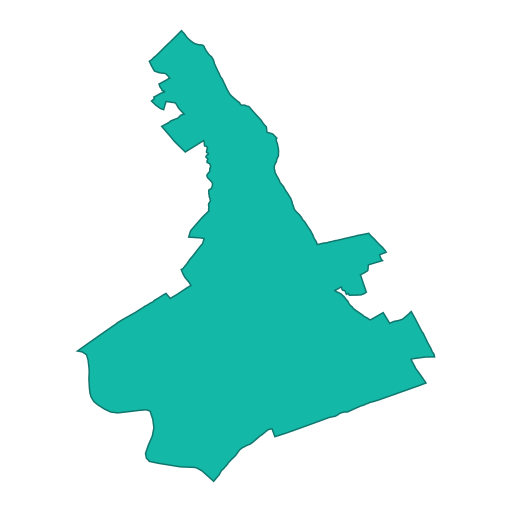 outline of Almaj, Dolj, Romania
{"feature_id": "2599482B54924202091715", "entity_name": "Almaj", "entity_type": "district", "adm_level": 2, "iso_a3": "ROU", "parent_name": "Romania", "parent_adm1": "Dolj", "projection": "natural_earth1", "projection_center": [23.708, 44.445], "detail": "fine", "context": "isolated", "style": "filled", "palette": "teal", "viewbox_px": 512, "rotation_deg": 0, "n_neighbors": 0, "source": "geoboundaries", "source_scale": "gbopen_adm2", "svg_char_len": 6040}
<svg xmlns="http://www.w3.org/2000/svg" viewBox="0 0 512 512"><path d="M434.5,357.0L434.5,356.2L433.9,354.3L433.6,353.5L432.3,351.9L430.8,348.3L428.5,344.2L427.2,341.7L426.2,339.5L423.1,333.1L422.0,331.8L415.3,318.9L411.2,311.5L408.8,313.9L406.1,316.3L402.5,319.2L398.7,320.5L394.4,321.3L391.1,322.6L389.7,323.3L383.2,312.6L374.1,317.8L370.6,319.8L369.0,319.4L368.1,318.6L367.1,317.9L364.4,316.6L362.4,314.9L356.4,310.8L353.8,308.9L352.6,307.6L352.2,306.9L350.7,305.7L349.4,304.4L348.5,302.7L347.9,301.3L346.2,299.5L344.1,296.7L342.6,295.4L341.3,294.1L338.7,292.6L337.8,292.4L336.7,291.7L335.4,291.2L334.9,290.4L338.8,288.4L340.8,287.0L341.1,287.1L341.5,287.3L341.7,288.4L342.2,289.7L342.8,290.3L344.6,290.6L345.1,291.1L345.8,292.9L346.5,294.3L348.4,293.5L349.2,295.2L356.7,295.1L360.9,294.9L363.9,293.8L365.2,293.0L366.4,292.1L365.9,290.9L363.8,284.8L361.0,276.4L360.3,275.0L365.0,272.4L367.7,270.7L367.9,269.9L368.4,264.8L382.5,260.6L381.8,259.9L381.0,258.6L380.3,257.1L379.5,254.8L386.2,252.2L385.5,251.1L383.3,248.3L382.0,246.9L379.3,244.5L376.4,241.4L374.3,239.0L373.6,238.4L372.3,237.1L371.3,236.3L369.7,234.4L369.0,233.8L368.8,233.3L359.8,235.1L358.0,235.3L355.4,236.1L350.4,237.2L346.4,238.2L344.6,238.5L341.8,239.3L338.8,239.9L337.7,240.3L335.2,240.6L332.4,241.4L329.4,242.0L326.3,242.9L324.0,243.0L319.1,244.2L317.1,244.5L317.0,244.0L316.6,242.5L316.2,241.6L314.4,238.8L313.7,237.4L312.9,235.1L310.2,230.1L308.6,228.0L305.3,222.7L304.0,221.0L302.4,219.4L301.8,218.0L301.0,216.8L299.6,215.0L296.2,211.6L295.2,210.5L294.6,209.7L294.1,208.7L293.1,205.4L292.3,203.5L292.1,202.0L291.2,199.7L291.0,198.9L287.9,193.8L286.3,191.5L285.2,189.8L284.0,187.8L283.9,187.1L280.1,182.5L279.8,182.1L279.6,181.6L279.6,180.9L275.4,173.3L275.0,172.1L274.8,170.6L274.2,168.6L274.3,167.0L274.3,166.1L275.0,164.1L275.4,163.2L276.1,162.4L276.3,161.8L276.7,159.8L277.4,157.9L277.9,157.0L278.3,156.1L278.5,155.4L278.4,154.6L278.6,151.2L278.2,147.3L277.7,145.9L277.6,144.8L277.2,143.0L276.7,142.1L276.4,141.1L276.2,138.7L276.8,138.2L273.1,134.3L272.3,133.8L271.1,133.4L268.0,132.6L267.2,132.1L266.8,131.4L266.5,127.7L266.3,126.8L264.2,124.6L263.1,123.3L261.3,120.4L253.8,112.2L249.5,107.2L248.8,106.5L246.9,106.1L245.7,105.6L245.1,105.3L244.4,105.1L242.6,105.2L241.3,105.0L240.5,104.4L240.1,103.9L239.9,103.4L239.6,102.8L238.8,102.0L238.0,101.6L237.0,100.8L231.4,95.9L230.3,94.7L229.8,94.1L227.3,89.8L224.2,83.3L222.4,79.4L221.9,78.4L221.3,77.8L219.9,75.6L219.6,74.6L219.3,73.7L218.0,71.4L215.0,64.9L214.3,63.4L214.1,62.1L213.5,60.2L212.8,58.8L212.0,57.5L211.3,56.6L209.7,55.3L208.7,54.2L206.2,50.8L204.6,47.9L204.2,46.5L203.6,46.0L203.2,45.4L202.1,45.1L200.7,44.8L199.9,44.9L198.6,44.7L194.8,43.6L194.0,43.2L192.1,41.9L190.3,40.5L188.4,38.8L187.0,37.4L184.5,33.9L183.8,33.1L182.8,32.2L181.6,30.7L180.8,31.3L176.3,35.9L171.5,40.6L170.1,42.1L168.7,43.3L164.5,47.3L161.0,50.9L156.6,55.2L155.2,56.5L154.2,57.1L151.7,59.7L149.3,61.3L150.0,62.6L151.4,65.7L154.4,71.0L158.5,72.5L161.7,73.1L163.8,73.2L165.3,73.6L166.3,74.0L167.0,75.0L168.6,76.5L169.0,77.4L169.8,78.2L168.5,78.6L167.2,79.6L159.0,84.0L160.0,86.9L161.6,89.1L162.0,90.5L162.8,90.8L163.9,90.9L164.6,91.5L164.5,91.9L160.5,93.4L158.3,94.7L157.3,95.3L153.8,97.1L154.4,98.7L151.5,101.0L155.7,105.1L160.4,108.5L163.6,109.7L166.0,101.5L175.2,102.8L176.6,104.6L178.4,107.9L181.0,110.8L184.1,114.1L180.7,115.2L178.1,118.0L170.8,120.9L169.0,122.4L161.7,126.4L170.5,136.6L174.5,141.5L185.3,152.0L203.6,140.6L204.2,142.1L204.5,145.8L204.7,146.0L206.2,146.2L206.7,146.9L207.2,147.1L207.5,147.4L207.5,147.9L206.9,149.5L206.7,150.8L206.4,151.7L206.4,152.0L206.6,152.5L208.1,153.2L208.2,153.4L208.3,153.9L208.2,154.3L207.4,154.7L206.9,155.2L206.3,155.9L205.9,156.9L206.1,157.4L207.3,158.3L207.9,159.0L207.9,159.3L207.1,160.7L207.0,161.4L207.0,162.3L208.5,163.2L209.4,163.5L209.7,163.9L210.0,164.2L210.2,164.8L210.3,165.2L210.5,165.6L210.6,166.4L210.4,167.3L210.1,168.0L209.8,168.2L209.8,169.0L209.9,169.4L209.8,169.9L209.8,170.5L209.7,171.2L209.5,171.6L209.4,172.0L208.9,172.5L208.5,172.7L208.0,173.7L206.9,175.0L206.9,175.6L207.1,176.6L207.7,177.8L208.5,178.7L209.9,180.0L211.7,182.0L212.3,183.0L212.5,183.5L212.5,184.0L212.2,186.5L211.7,187.6L211.4,188.4L211.1,188.8L209.9,189.3L209.2,189.6L208.8,190.3L208.7,191.1L208.9,192.7L208.8,193.6L209.0,194.7L209.3,195.2L209.2,196.3L209.3,196.9L209.8,198.0L210.3,200.0L210.3,201.2L208.8,203.4L208.5,204.5L208.9,207.7L208.6,208.8L208.6,210.1L208.9,210.9L202.3,217.3L190.9,230.4L190.4,231.3L188.7,237.1L193.4,237.4L195.3,237.6L199.8,237.8L202.4,238.2L204.1,238.6L203.0,242.2L202.7,243.4L202.1,244.3L200.9,245.5L197.7,249.6L192.6,256.2L190.0,259.1L186.9,263.8L183.9,267.4L182.9,268.8L181.2,269.5L183.1,274.1L185.1,277.6L188.9,282.1L191.0,285.4L187.0,287.8L176.3,294.9L170.2,298.4L166.0,293.4L163.7,294.7L157.7,298.5L154.3,300.4L153.1,301.8L150.0,303.3L147.3,305.1L145.1,306.1L142.4,308.0L138.1,310.6L135.8,312.2L122.4,319.7L117.5,322.7L115.6,324.3L113.0,326.0L100.8,334.5L88.0,343.5L77.5,351.0L82.2,351.9L86.5,354.7L88.1,360.1L89.0,367.9L89.2,372.1L88.9,378.9L89.4,388.0L89.9,392.7L91.1,397.1L93.9,401.6L98.1,405.0L104.5,409.1L110.7,412.0L117.5,412.9L127.4,411.8L138.8,410.4L146.3,409.8L150.1,411.1L152.8,419.3L153.9,427.9L152.3,436.1L148.4,445.0L145.5,453.5L146.4,458.1L149.4,461.4L158.4,463.3L169.7,465.1L180.0,466.8L194.4,467.4L196.9,468.0L201.9,470.8L213.7,481.3L219.2,474.7L221.4,470.6L223.7,468.6L224.9,467.0L225.8,466.2L227.7,463.9L228.2,462.9L229.2,461.9L231.2,459.7L233.6,457.5L235.8,455.2L239.2,450.4L240.3,449.3L242.1,447.9L244.0,446.9L246.8,445.4L250.2,444.1L252.6,442.4L260.1,435.9L261.5,435.1L267.9,429.8L272.0,428.7L274.9,436.7L285.2,433.4L299.3,428.4L329.1,417.5L330.7,417.1L335.0,416.3L336.1,415.8L338.1,414.6L339.9,413.3L343.6,412.1L347.6,411.9L360.8,405.9L361.9,405.7L364.7,404.7L365.5,404.2L367.8,403.4L370.1,402.4L373.7,401.5L379.5,399.7L381.9,398.8L419.9,385.3L426.0,383.0L420.5,375.0L415.7,368.5L414.4,365.7L411.0,359.5L411.1,359.2L411.3,359.0L415.2,358.4L425.8,357.0L433.6,356.9L434.5,357.0Z" fill="#14b8a6" stroke="#0f766e" stroke-width="1.5"/></svg>